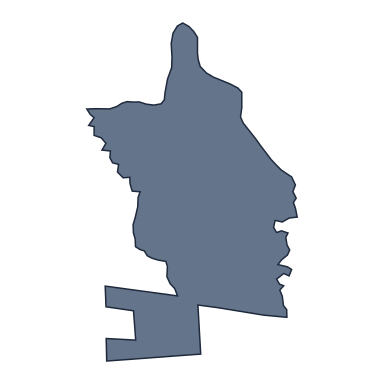 the district of Saudade do Iguaçu, Paraná, Brazil
{"feature_id": "56859067B21395329583360", "entity_name": "Saudade do Iguaçu", "entity_type": "district", "adm_level": 2, "iso_a3": "BRA", "parent_name": "Brazil", "parent_adm1": "Paraná", "projection": "albers", "projection_center": [-52.606, -25.705], "detail": "fine", "context": "isolated", "style": "filled", "palette": "slate", "viewbox_px": 384, "rotation_deg": 0, "n_neighbors": 0, "source": "geoboundaries", "source_scale": "gbopen_adm2", "svg_char_len": 1580}
<svg xmlns="http://www.w3.org/2000/svg" viewBox="0 0 384 384"><path d="M291.7,177.0L281.1,169.9L275.4,164.1L271.0,159.4L260.9,146.1L255.6,138.7L243.3,123.2L240.5,117.0L241.8,107.7L241.8,92.3L238.0,88.1L230.6,84.2L218.3,79.1L213.5,77.2L206.4,73.0L200.2,66.5L198.2,59.5L197.5,53.2L197.5,37.4L193.8,31.6L188.8,26.4L182.7,23.0L177.4,26.0L173.0,33.2L171.2,43.6L172.0,56.8L171.7,67.5L167.5,79.1L165.0,92.8L164.3,99.9L161.1,103.8L153.9,105.1L146.5,104.2L139.1,101.9L133.7,102.1L127.1,101.6L122.0,103.2L116.8,106.5L109.7,108.9L96.0,108.7L86.8,109.0L90.3,114.5L94.1,117.7L88.7,125.4L94.1,126.6L94.1,135.4L101.2,137.8L105.9,143.3L102.0,150.1L110.4,151.0L109.9,157.8L112.6,162.8L118.6,164.4L117.5,172.1L123.2,177.8L129.8,177.3L130.0,183.6L132.2,191.1L140.1,191.8L138.1,197.4L137.7,207.0L135.2,217.6L133.1,224.6L133.4,232.8L135.2,239.1L135.5,246.7L139.9,249.5L144.3,250.9L147.3,255.8L152.2,258.3L158.7,260.2L165.8,261.4L167.4,266.3L166.9,276.7L170.1,283.6L174.8,288.7L177.5,295.9L105.2,286.1L106.0,306.8L133.5,310.8L135.7,340.1L106.2,338.5L106.7,361.0L125.0,359.7L130.7,359.3L174.5,356.0L200.7,354.1L197.9,305.0L218.0,307.7L257.2,314.1L264.2,315.2L286.9,317.3L286.7,309.6L283.5,305.6L282.3,296.2L279.8,290.1L283.7,285.8L279.5,284.1L276.6,279.1L283.7,273.5L289.1,275.9L291.6,269.5L287.5,266.8L277.9,264.6L281.7,259.7L287.4,255.1L289.7,250.0L287.0,244.9L285.8,237.4L288.0,233.0L281.5,230.8L276.6,232.5L273.6,227.4L275.1,220.4L282.3,222.0L289.3,218.0L297.2,217.1L295.4,208.0L293.4,202.5L296.2,198.2L292.9,191.6L295.4,185.0L291.7,177.0Z" fill="#64748b" stroke="#1e293b" stroke-width="1.5"/></svg>